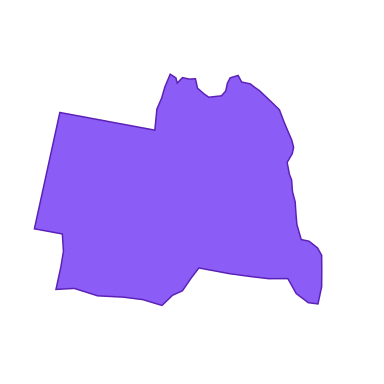 Darganata, Chardzhou, Turkmenistan, rotated 12°
{"feature_id": "10190150B50164786179090", "entity_name": "Darganata", "entity_type": "district", "adm_level": 2, "iso_a3": "TKM", "parent_name": "Turkmenistan", "parent_adm1": "Chardzhou", "projection": "mercator", "projection_center": [61.431, 40.609], "detail": "fine", "context": "isolated", "style": "filled", "palette": "violet", "viewbox_px": 384, "rotation_deg": 12, "n_neighbors": 0, "source": "geoboundaries", "source_scale": "gbopen_adm2", "svg_char_len": 1136}
<svg xmlns="http://www.w3.org/2000/svg" viewBox="0 0 384 384"><g transform="rotate(12 192 192)"><path d="M146.2,81.3L143.6,95.0L142.8,106.3L141.0,115.3L140.4,118.3L141.0,123.2L141.4,127.0L142.8,139.3L142.7,139.3L141.2,139.3L46.2,141.7L45.5,260.8L73.9,260.0L78.6,276.8L79.3,293.0L79.2,315.6L87.9,313.2L96.9,310.8L118.6,312.9L120.3,313.1L121.1,313.2L125.5,312.5L146.9,309.1L151.8,308.7L166.2,307.5L182.7,308.9L186.0,309.1L186.3,309.1L194.4,297.1L203.2,290.6L208.1,278.7L208.8,276.9L214.5,264.9L245.9,264.1L268.4,262.4L285.3,260.8L286.2,260.6L303.8,256.8L308.7,262.4L313.6,268.0L315.1,269.7L316.2,270.2L326.7,275.1L328.8,276.1L338.5,275.3L338.5,274.9L338.5,257.6L335.2,241.5L332.0,227.0L326.4,220.6L316.7,215.8L308.7,215.8L301.4,202.1L298.2,191.6L295.0,180.3L290.2,170.7L286.9,159.4L283.7,154.6L278.9,143.3L282.1,133.6L282.1,127.2L278.9,120.7L267.6,104.6L260.4,93.4L247.5,85.3L237.0,78.9L231.4,76.5L226.6,74.1L217.7,74.1L212.9,68.4L205.6,72.4L204.0,78.1L204.0,86.1L200.8,91.8L188.7,95.8L183.1,93.4L175.8,89.3L171.8,80.5L166.2,82.1L158.9,82.1L154.9,88.5L152.5,83.7L146.2,81.3Z" fill="#8b5cf6" stroke="#5b21b6" stroke-width="1.5"/></g></svg>